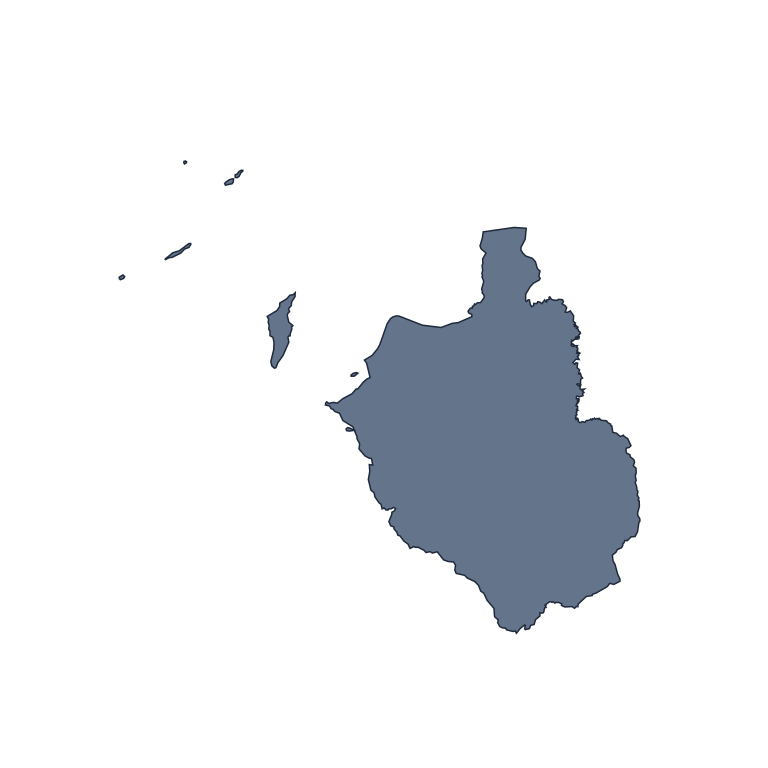 outline of Palian, Trang, Thailand, rotated 68°
{"feature_id": "78962969B78626078629427", "entity_name": "Palian", "entity_type": "district", "adm_level": 2, "iso_a3": "THA", "parent_name": "Thailand", "parent_adm1": "Trang", "projection": "mercator", "projection_center": [99.742, 7.175], "detail": "fine", "context": "isolated", "style": "filled", "palette": "slate", "viewbox_px": 768, "rotation_deg": 68, "n_neighbors": 0, "source": "geoboundaries", "source_scale": "gbopen_adm2", "svg_char_len": 6178}
<svg xmlns="http://www.w3.org/2000/svg" viewBox="0 0 768 768"><g transform="rotate(68 384 384)"><path d="M354.5,393.2L358.1,392.3L372.8,394.5L373.0,398.0L374.4,402.3L378.7,410.0L378.2,411.7L381.1,417.4L382.1,427.2L384.2,434.4L382.0,438.0L381.3,442.4L379.1,443.8L379.7,445.1L381.5,446.2L384.0,442.7L387.1,442.3L388.3,440.8L391.0,439.9L394.5,436.2L402.5,435.8L412.1,428.8L423.1,428.8L424.4,429.5L430.4,429.0L434.9,431.5L443.7,428.5L447.2,425.5L448.4,423.5L454.9,424.8L453.2,427.8L459.8,430.0L466.7,434.3L477.5,435.9L481.1,434.0L485.4,434.7L492.3,433.1L494.5,431.8L499.1,432.5L499.0,430.3L501.6,429.2L502.4,427.6L501.6,426.4L502.4,423.8L502.0,421.4L503.8,419.9L505.5,421.9L505.9,424.7L508.0,425.8L513.4,431.0L518.0,430.9L520.2,428.4L522.1,429.0L526.1,427.6L529.4,427.8L530.8,426.1L537.1,424.4L541.4,421.7L546.2,421.5L545.9,417.1L547.1,416.2L548.2,413.5L553.3,409.1L556.0,408.2L556.7,404.1L558.9,402.4L559.5,397.5L569.4,394.6L572.6,391.0L575.1,386.2L578.7,385.5L583.2,388.1L586.7,388.0L591.6,380.9L595.2,379.4L601.2,373.8L606.0,371.8L612.3,371.9L615.5,369.8L623.3,369.4L633.3,366.1L640.6,368.5L642.0,368.4L645.3,366.4L648.0,368.0L652.2,367.5L654.2,365.8L655.9,362.9L658.0,362.3L661.7,357.2L662.2,354.8L664.7,354.6L661.6,349.1L660.1,343.8L661.0,343.4L663.3,345.2L664.6,345.1L665.3,340.9L662.7,338.4L663.2,334.9L659.2,331.7L657.5,326.3L654.5,325.2L655.8,323.0L655.6,321.6L651.7,318.9L651.9,317.4L649.4,317.6L649.7,316.5L648.9,316.1L648.1,312.9L648.2,310.9L649.4,310.0L649.2,308.7L651.2,307.6L650.8,306.6L652.0,303.9L654.3,301.6L655.6,302.4L656.9,301.5L658.5,299.8L660.8,293.0L663.3,291.4L662.4,288.9L663.1,287.7L660.8,286.4L656.8,276.1L658.1,270.2L657.0,269.4L657.3,265.7L655.5,253.0L653.4,249.3L655.9,246.0L655.3,239.1L653.2,238.3L647.7,238.6L638.2,237.4L633.7,237.9L628.2,236.4L626.9,232.0L624.9,229.7L624.8,225.0L622.9,222.9L621.4,222.4L621.1,220.9L619.3,219.3L620.4,217.2L618.3,212.0L619.5,208.4L616.0,204.3L607.8,199.5L607.3,198.3L604.9,197.3L601.0,197.9L598.7,197.3L593.2,193.1L588.1,191.2L586.8,191.9L585.5,190.4L581.3,190.7L580.1,189.5L578.1,188.8L576.9,189.2L573.9,188.2L569.3,188.0L567.9,186.3L563.4,185.5L561.0,183.5L556.4,181.9L553.2,183.5L550.4,181.0L547.7,180.7L543.8,182.9L541.6,182.5L539.2,184.9L536.5,184.7L534.2,183.4L534.7,180.6L533.7,178.1L526.0,178.5L522.2,181.2L521.2,181.1L521.2,184.6L516.7,186.9L514.6,190.0L508.4,188.5L507.1,189.3L506.1,188.9L503.9,190.8L501.4,191.5L499.0,196.2L496.4,197.4L497.2,198.3L495.7,199.5L495.8,201.1L494.5,201.6L495.0,202.7L494.4,203.4L495.3,204.8L493.9,205.3L494.5,207.0L493.7,210.1L494.8,212.1L493.1,214.3L493.5,215.8L492.7,217.2L491.2,217.8L489.4,217.1L489.1,218.7L488.4,218.1L488.5,219.1L487.6,218.8L487.8,219.9L486.7,218.3L485.1,218.2L484.8,216.6L482.8,216.7L482.2,215.6L481.1,215.6L480.9,213.9L479.6,214.8L479.0,213.6L477.4,212.9L476.0,214.1L475.8,213.1L474.4,212.9L474.4,211.7L473.0,209.8L472.6,211.3L471.9,210.7L471.4,208.9L470.5,208.8L469.9,211.2L467.6,210.2L467.4,209.2L469.0,207.9L469.4,203.8L467.2,203.5L466.7,201.7L464.7,202.8L463.8,200.1L462.7,203.8L461.4,204.0L458.7,202.0L458.8,204.1L456.8,205.3L456.3,204.8L457.6,201.9L453.2,199.8L452.9,197.7L450.8,198.3L447.7,197.9L448.1,199.1L447.5,199.8L444.1,197.4L441.2,198.9L437.3,196.7L436.2,197.9L437.2,199.7L435.0,200.8L432.9,196.8L434.4,193.9L430.9,194.4L430.6,192.9L429.1,192.1L428.8,190.8L427.3,191.9L428.0,193.4L427.6,193.9L426.5,192.7L425.3,192.8L425.1,191.7L423.4,190.9L422.3,191.8L420.9,190.3L420.0,192.6L418.7,193.3L420.3,193.8L418.9,195.9L417.4,195.5L417.9,194.3L415.4,194.7L413.8,193.4L414.8,192.9L414.0,190.4L414.9,187.4L413.1,188.1L413.3,189.8L412.4,188.4L414.4,185.8L413.2,185.3L412.2,186.2L410.5,182.8L409.0,182.8L407.5,183.8L405.8,183.5L404.5,184.6L403.9,182.9L402.1,184.0L402.8,184.7L401.9,185.9L400.6,184.4L399.9,185.4L399.1,183.7L396.7,185.0L391.8,182.6L386.0,183.9L386.3,187.0L385.2,189.0L381.5,186.0L379.0,186.8L376.4,188.9L374.9,186.8L372.7,186.9L370.9,190.4L371.2,192.5L369.2,196.1L368.0,197.1L365.3,197.6L365.5,198.5L367.4,199.2L367.1,201.6L368.9,202.5L368.1,203.3L366.2,203.5L368.6,207.5L366.5,208.8L365.3,210.6L366.7,212.1L365.4,215.0L367.3,215.9L367.6,218.2L364.9,218.5L360.5,217.7L360.0,218.9L360.9,220.9L359.8,221.5L353.8,219.0L348.5,211.9L346.5,207.8L345.8,201.2L344.7,199.7L342.0,200.0L337.6,197.0L334.6,198.6L327.3,197.8L323.0,199.4L318.5,204.6L314.8,206.2L311.0,206.9L308.4,205.6L302.7,198.9L292.9,193.8L287.6,204.7L280.1,235.0L285.6,238.2L292.0,243.3L295.1,243.3L300.8,240.4L305.0,245.7L309.4,247.2L310.9,248.7L315.6,249.9L318.3,251.9L320.4,252.0L321.3,253.0L326.3,253.1L332.7,258.0L334.9,258.0L336.1,258.8L339.4,258.0L341.4,258.8L344.7,264.0L343.7,267.1L344.5,269.4L343.7,270.1L345.0,271.4L345.1,272.9L346.7,273.5L346.0,275.4L347.5,278.2L348.4,278.9L350.2,278.7L352.3,276.6L354.5,277.3L354.9,292.2L353.3,298.1L353.0,309.9L343.9,326.3L326.5,344.8L325.4,347.4L325.1,350.4L325.8,353.5L329.3,358.5L346.1,373.3L349.1,377.1L353.1,384.4L354.5,393.2ZM269.7,433.8L266.1,432.1L267.2,434.8L266.4,438.0L268.6,442.2L269.9,450.3L273.2,451.8L275.8,455.8L277.6,467.0L281.1,466.8L283.2,468.2L286.5,468.5L290.3,470.4L292.3,469.9L296.5,471.6L299.2,469.5L304.1,470.4L310.6,473.2L320.9,480.6L325.3,481.2L328.4,479.6L328.3,478.0L324.5,474.4L319.8,467.0L309.6,456.6L304.5,455.5L303.8,454.5L304.2,453.0L302.2,452.1L298.6,448.9L296.6,448.5L295.8,446.6L290.9,449.1L284.1,448.0L282.5,446.8L281.6,444.5L279.0,444.5L278.1,443.7L276.6,440.6L273.3,438.9L269.7,433.8ZM186.8,539.9L186.4,536.1L187.2,532.8L186.5,523.3L184.2,518.4L184.3,513.7L182.2,510.8L181.3,510.6L180.7,512.3L183.8,523.9L183.2,530.7L186.2,540.1L186.8,539.9ZM138.5,456.7L140.3,456.5L141.4,449.8L140.3,448.1L137.5,446.7L136.9,447.7L136.7,450.9L137.6,455.1L138.5,456.7ZM136.8,444.6L137.7,442.7L137.2,440.6L134.4,437.4L133.9,435.3L133.0,434.9L132.3,436.3L132.7,438.9L134.3,441.6L134.3,443.6L136.8,444.6ZM413.3,436.1L414.7,433.7L415.8,429.0L412.1,432.1L410.8,434.1L411.5,436.1L413.3,436.1ZM364.4,411.6L365.6,408.6L364.2,404.1L362.9,405.5L362.6,408.8L363.3,411.1L364.4,411.6ZM186.9,589.9L188.5,589.4L188.6,585.9L187.3,584.2L185.1,585.2L185.8,589.5L186.9,589.9ZM105.3,486.4L104.8,484.2L104.1,483.8L102.8,484.6L102.7,486.1L104.2,486.8L105.3,486.4Z" fill="#64748b" stroke="#1e293b" stroke-width="1.5"/></g></svg>